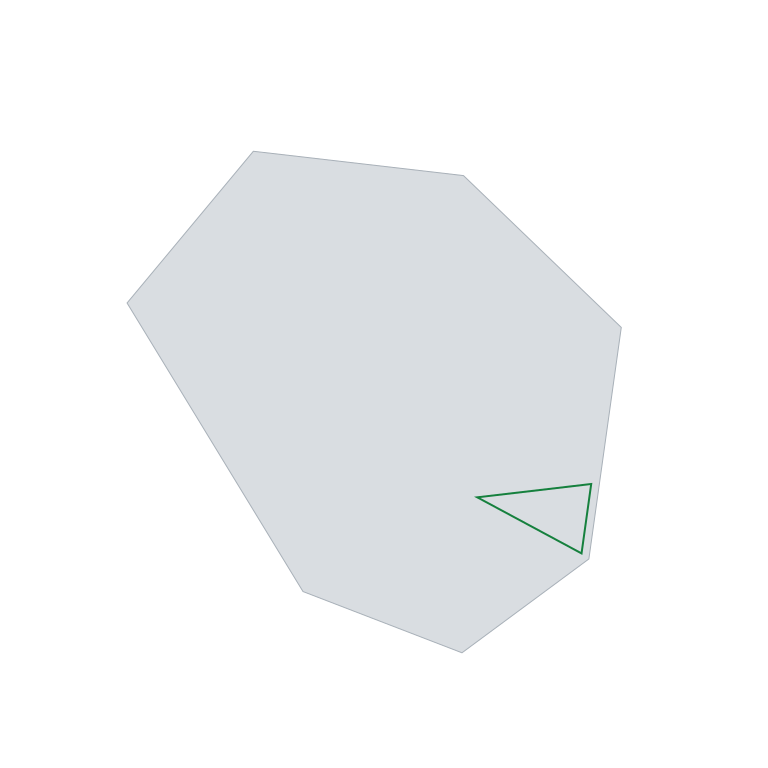 Anetan on a map of Nauru (orthographic projection), rotated 119°
{"feature_id": "NRU-4978", "entity_name": "Anetan", "entity_type": "state/province", "adm_level": 1, "iso_a3": "NRU", "parent_name": "Nauru", "parent_adm1": "", "projection": "orthographic", "projection_center": [166.935, -0.497], "detail": "fine", "context": "in_parent", "style": "outline", "palette": "green", "viewbox_px": 768, "rotation_deg": 119, "n_neighbors": 0, "source": "natural_earth", "source_scale": "10m", "svg_char_len": 372}
<svg xmlns="http://www.w3.org/2000/svg" viewBox="0 0 768 768"><g transform="rotate(119 384 384)"><path d="M604.8,354.2L437.7,648.0L243.8,611.1L163.2,415.5L219.5,203.9L437.7,120.0L581.3,185.5L604.8,354.2Z" fill="#d9dde1" stroke="#a8b0b8" stroke-width="1"/><path d="M371.0,154.3L436.4,129.1L437.9,247.5L371.0,154.3Z" fill="none" stroke="#15803d" stroke-width="2"/></g></svg>